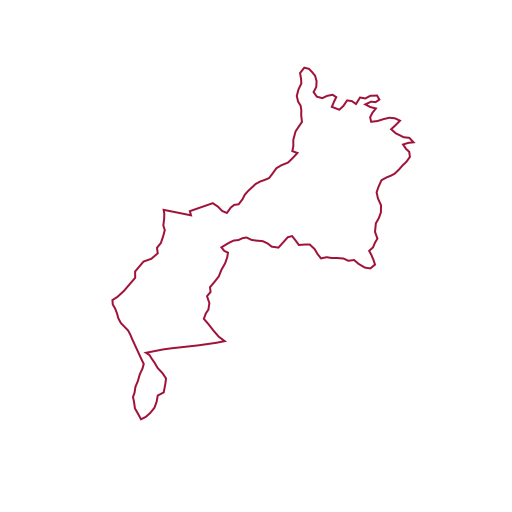 outline of Vargeão, Santa Catarina, Brazil, rotated 25°
{"feature_id": "56859067B23018615290529", "entity_name": "Vargeão", "entity_type": "district", "adm_level": 2, "iso_a3": "BRA", "parent_name": "Brazil", "parent_adm1": "Santa Catarina", "projection": "orthographic", "projection_center": [-52.122, -26.799], "detail": "fine", "context": "isolated", "style": "outline", "palette": "rose", "viewbox_px": 512, "rotation_deg": 25, "n_neighbors": 0, "source": "geoboundaries", "source_scale": "gbopen_adm2", "svg_char_len": 2679}
<svg xmlns="http://www.w3.org/2000/svg" viewBox="0 0 512 512"><g transform="rotate(25 256 256)"><path d="M244.6,145.6L250.0,145.1L248.0,151.3L245.6,157.7L240.6,163.1L237.4,167.8L236.1,174.6L234.9,179.9L231.7,183.4L228.5,186.5L225.2,190.9L223.2,195.9L221.3,200.6L219.9,205.4L219.8,210.2L218.4,216.5L214.6,218.9L212.7,222.7L211.4,229.3L206.3,229.5L200.9,227.4L194.5,226.4L177.1,243.3L179.9,246.6L152.8,253.2L155.1,256.6L157.0,261.0L159.1,267.5L162.4,271.1L163.5,277.3L164.3,284.4L162.8,290.4L165.8,295.1L162.3,302.8L156.4,308.6L153.0,321.1L155.7,326.8L151.1,343.3L147.7,351.6L144.5,356.6L146.7,360.5L150.6,363.2L154.3,366.8L157.5,370.6L161.9,373.9L171.6,377.6L175.1,380.2L178.5,383.3L195.0,397.3L199.9,401.3L200.7,406.1L200.7,412.3L201.8,419.5L202.0,425.4L203.7,431.3L204.1,435.8L206.8,439.3L210.7,445.3L216.1,449.1L220.8,452.6L224.1,448.4L226.4,443.1L228.1,436.5L227.5,429.9L225.9,424.0L230.0,418.6L227.9,410.3L226.2,405.0L220.8,401.7L214.2,399.1L209.2,395.6L204.7,393.0L201.4,390.8L197.2,390.2L211.5,379.8L218.2,375.5L241.6,361.3L256.9,351.3L263.6,346.4L256.4,344.9L249.0,341.6L241.6,337.8L235.3,335.0L234.8,329.4L235.5,324.7L233.7,318.5L228.6,313.1L230.0,307.8L227.5,303.7L229.2,297.4L230.9,290.4L230.5,283.0L231.1,275.6L230.5,269.5L229.2,264.8L225.1,264.8L221.0,262.8L223.3,259.3L226.2,255.1L229.2,251.5L233.4,248.9L236.4,245.4L239.7,243.2L245.2,243.3L250.1,241.8L255.8,239.7L261.2,239.7L266.3,240.9L272.8,238.9L275.0,231.8L276.9,225.5L280.3,222.7L285.5,225.3L290.2,227.9L295.0,225.2L299.9,222.9L306.1,224.9L310.9,228.2L315.9,230.7L320.6,227.2L325.6,225.8L329.7,223.8L336.4,221.3L341.7,221.3L346.6,218.2L352.3,219.8L359.6,220.5L364.9,218.9L367.5,213.5L363.9,209.7L360.1,206.3L356.4,203.5L358.4,198.8L358.2,193.6L358.7,188.9L353.7,183.9L350.8,175.7L351.3,169.7L350.8,163.8L347.9,157.2L342.1,152.2L338.4,147.3L337.8,141.8L337.7,134.3L341.2,129.5L344.3,126.2L346.9,122.8L349.0,117.4L350.6,111.8L352.5,107.1L353.6,101.1L350.8,96.8L346.9,95.6L342.2,92.8L346.2,89.1L350.7,86.4L345.0,84.1L339.5,86.0L335.4,85.8L331.1,85.8L324.9,84.0L327.2,78.4L329.3,72.5L323.7,72.5L318.5,74.3L313.9,77.9L309.0,82.4L303.6,85.7L300.8,82.0L301.0,77.0L302.3,71.6L296.6,72.7L291.0,72.4L295.1,67.5L299.4,66.0L301.7,62.1L297.9,59.4L291.9,62.5L288.5,67.0L283.3,68.4L282.4,76.0L277.4,75.1L272.8,76.5L271.8,83.1L269.7,88.2L261.7,88.8L261.5,83.6L261.6,78.1L257.3,77.5L252.8,80.8L249.4,84.9L243.8,85.9L238.9,83.1L239.2,77.4L237.0,71.9L233.4,67.7L229.1,65.6L224.9,64.0L220.2,64.9L218.6,71.5L221.9,76.3L224.2,80.5L224.1,87.1L225.3,93.7L228.9,98.3L232.9,100.9L235.5,104.8L237.4,109.2L241.0,115.1L240.1,120.4L239.2,126.4L240.7,134.9L243.5,140.9L244.6,145.6Z" fill="none" stroke="#9f1239" stroke-width="2"/></g></svg>